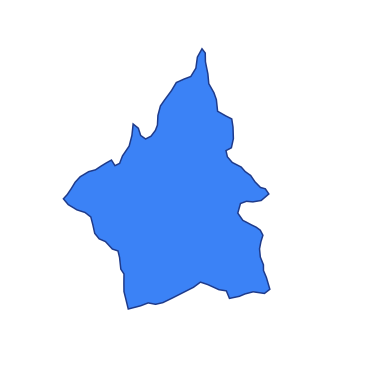 Elisiário, São Paulo, Brazil, rotated 26°
{"feature_id": "56859067B94900392245754", "entity_name": "Elisiário", "entity_type": "district", "adm_level": 2, "iso_a3": "BRA", "parent_name": "Brazil", "parent_adm1": "São Paulo", "projection": "robinson", "projection_center": [-49.092, -21.153], "detail": "fine", "context": "isolated", "style": "filled", "palette": "blue", "viewbox_px": 384, "rotation_deg": 26, "n_neighbors": 0, "source": "geoboundaries", "source_scale": "gbopen_adm2", "svg_char_len": 1409}
<svg xmlns="http://www.w3.org/2000/svg" viewBox="0 0 384 384"><g transform="rotate(26 192 192)"><path d="M261.9,160.1L256.5,157.0L251.5,157.9L244.0,155.2L237.6,151.5L230.7,150.3L225.3,148.0L215.2,147.8L208.4,144.9L204.4,139.9L208.0,135.0L205.8,125.9L200.4,115.7L195.7,108.9L188.6,108.8L179.6,108.2L173.4,98.3L168.1,93.1L159.6,87.3L154.5,78.9L147.0,69.1L143.0,61.3L138.2,58.9L137.7,68.4L141.2,79.0L140.3,88.7L135.3,94.0L129.9,100.5L129.1,110.0L127.0,121.4L125.9,128.5L127.8,138.1L131.6,147.0L132.1,152.7L130.7,159.8L127.0,164.7L121.1,163.7L115.8,158.2L109.3,156.7L113.2,167.5L115.4,178.3L113.7,190.0L114.4,198.0L111.2,202.1L105.6,198.6L102.3,203.3L98.9,208.6L95.5,214.4L90.2,219.0L84.8,227.3L82.7,234.4L82.0,241.9L81.0,249.0L79.4,254.5L86.3,257.6L96.3,258.5L104.8,257.3L112.0,258.8L117.3,265.0L122.7,271.8L129.1,274.8L135.9,274.5L145.4,278.2L151.3,277.4L155.6,282.6L161.8,292.5L166.8,295.5L170.8,303.9L174.5,311.3L180.1,318.0L186.0,325.1L195.7,316.8L201.2,310.9L208.5,308.9L214.3,304.2L220.8,295.9L235.1,277.0L239.1,269.3L246.7,268.3L253.9,268.1L259.0,268.0L266.2,265.8L272.3,271.2L280.3,265.0L284.3,260.4L290.7,254.9L301.6,251.4L304.6,245.3L296.3,236.2L290.7,231.3L288.1,226.1L281.9,220.5L277.6,213.5L275.7,206.4L274.7,199.8L270.1,196.4L265.1,195.5L259.8,195.5L250.1,195.2L242.4,190.9L240.6,181.1L245.0,176.5L251.0,174.2L257.9,169.3L261.9,160.1Z" fill="#3b82f6" stroke="#1e3a8a" stroke-width="1.5"/></g></svg>